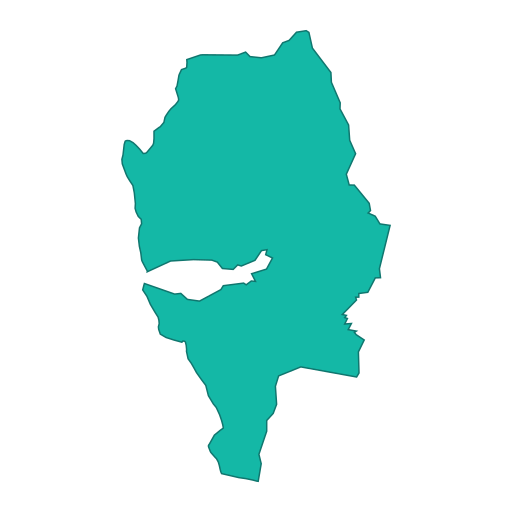 outline of Struga, Struga, North Macedonia
{"feature_id": "65306769B59831193355348", "entity_name": "Struga", "entity_type": "district", "adm_level": 2, "iso_a3": "MKD", "parent_name": "North Macedonia", "parent_adm1": "Struga", "projection": "mercator", "projection_center": [20.597, 41.258], "detail": "fine", "context": "isolated", "style": "filled", "palette": "teal", "viewbox_px": 512, "rotation_deg": 0, "n_neighbors": 0, "source": "geoboundaries", "source_scale": "gbopen_adm2", "svg_char_len": 2624}
<svg xmlns="http://www.w3.org/2000/svg" viewBox="0 0 512 512"><path d="M144.4,283.5L143.9,285.2L142.7,289.9L147.0,296.4L150.4,304.4L155.0,312.2L157.4,316.0L158.1,317.1L158.9,320.3L159.2,323.6L158.6,326.0L158.4,326.8L158.7,329.4L160.3,334.1L166.1,337.5L174.2,340.1L181.9,342.2L182.4,341.5L183.0,341.0L184.7,341.3L185.4,342.0L186.2,345.3L186.6,349.4L186.5,351.4L188.1,358.8L191.3,363.3L194.0,368.0L196.5,372.6L201.6,379.8L205.8,385.4L208.4,395.7L213.4,404.0L216.2,407.4L216.7,408.4L219.6,414.7L221.6,420.5L222.7,424.6L223.2,427.1L223.2,428.2L220.5,430.1L214.4,435.1L209.2,444.4L208.7,445.0L208.4,445.9L208.6,447.0L210.3,451.4L210.9,452.5L215.1,457.3L216.5,458.7L218.3,462.0L219.3,465.4L220.1,469.1L220.8,471.8L221.6,473.6L234.5,476.6L238.8,477.6L245.8,478.6L252.6,480.0L256.7,481.1L258.2,481.3L261.2,463.7L258.9,454.3L266.7,431.2L266.7,420.5L273.2,413.4L276.6,404.3L275.4,386.3L278.6,375.9L300.8,366.9L356.6,377.0L359.0,373.0L358.4,351.9L364.2,340.0L356.1,334.6L354.4,332.3L356.3,331.1L348.2,329.6L351.4,323.5L344.7,324.0L347.4,318.5L344.7,317.6L346.4,315.4L342.3,314.5L356.5,300.0L355.6,297.2L358.8,297.1L358.8,293.5L367.8,292.3L375.3,277.9L380.5,277.7L379.4,268.7L390.1,225.4L379.9,223.9L375.2,216.2L368.1,213.0L370.5,210.6L369.2,203.3L354.3,185.1L349.2,185.0L346.3,174.2L355.6,153.7L349.7,140.3L348.6,125.0L340.0,108.9L340.2,102.8L331.4,82.3L330.9,72.5L312.4,48.1L308.9,32.4L306.2,30.7L296.5,32.2L289.1,40.4L282.7,42.8L274.5,55.0L261.4,57.8L250.0,56.6L245.6,52.1L237.5,55.1L202.6,54.8L200.4,55.0L186.8,59.6L187.0,62.6L186.7,67.3L186.3,67.8L185.1,68.4L181.5,69.6L179.3,74.3L178.9,75.5L178.0,80.8L177.0,86.1L175.6,88.7L178.3,97.4L178.6,99.2L178.6,100.0L178.0,101.4L175.4,104.7L171.1,108.6L168.8,111.4L166.3,115.1L165.0,117.3L163.9,122.4L160.2,126.8L159.1,127.4L154.0,131.2L154.0,138.7L153.6,143.2L152.8,145.2L148.0,151.0L147.2,152.0L146.4,152.8L145.4,153.3L143.2,153.5L139.8,149.3L136.0,145.3L133.1,142.7L129.6,140.7L127.1,140.5L125.9,140.8L125.2,141.2L124.2,144.5L123.0,155.0L121.9,159.3L122.3,163.9L126.0,173.9L127.2,176.6L129.9,181.0L132.9,185.5L134.3,192.8L135.4,203.6L135.1,208.3L136.1,211.9L138.3,216.5L141.2,219.3L141.6,223.8L139.5,227.8L138.4,238.0L139.4,246.5L140.8,252.8L141.6,259.5L141.9,260.7L142.6,262.2L144.7,266.2L147.3,271.0L147.2,271.8L170.6,261.0L193.5,259.6L211.8,260.1L217.3,262.1L222.4,268.5L233.2,269.4L237.7,264.9L241.3,266.0L255.0,260.3L261.5,250.6L267.0,249.7L265.7,254.7L272.5,258.0L266.5,269.1L251.6,273.7L255.5,281.4L251.3,281.0L246.2,284.8L243.6,283.1L223.3,285.7L220.9,289.6L199.5,301.1L187.4,299.4L180.8,293.4L174.7,294.1L144.4,283.5Z" fill="#14b8a6" stroke="#0f766e" stroke-width="1.5"/></svg>